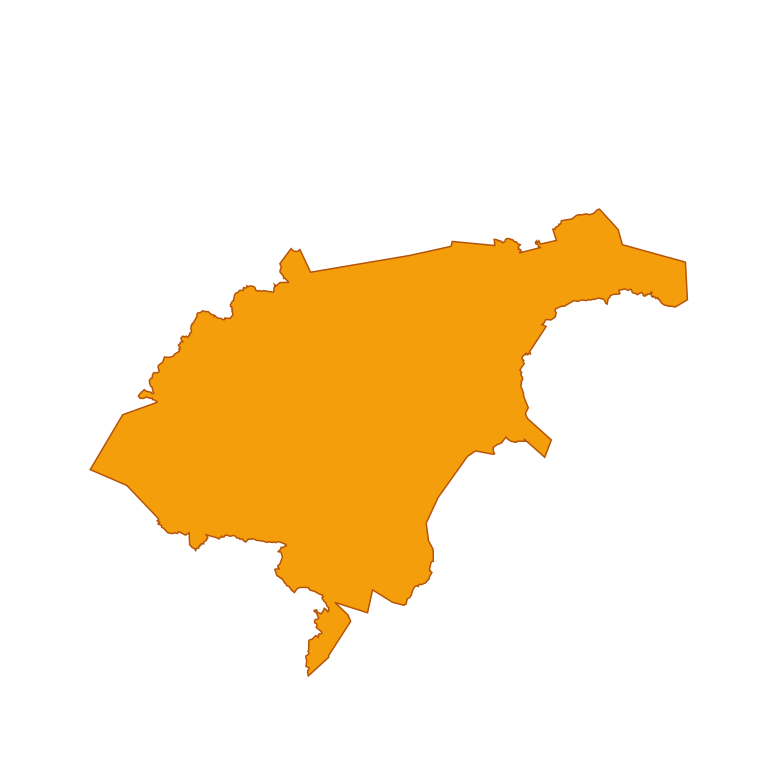 Ocampo, Chihuahua, Mexico, rotated 307°
{"feature_id": "50627088B44718713830957", "entity_name": "Ocampo", "entity_type": "district", "adm_level": 2, "iso_a3": "MEX", "parent_name": "Mexico", "parent_adm1": "Chihuahua", "projection": "natural_earth1", "projection_center": [-108.229, 28.145], "detail": "fine", "context": "isolated", "style": "filled", "palette": "amber", "viewbox_px": 768, "rotation_deg": 307, "n_neighbors": 0, "source": "geoboundaries", "source_scale": "gbopen_adm2", "svg_char_len": 6171}
<svg xmlns="http://www.w3.org/2000/svg" viewBox="0 0 768 768"><g transform="rotate(307 384 384)"><path d="M620.8,570.3L633.9,575.6L662.7,551.4L638.7,490.5L648.3,478.0L653.3,450.8L651.3,449.4L646.6,448.8L643.1,446.5L641.4,442.9L638.0,440.0L636.3,437.5L634.3,436.2L629.0,434.8L621.2,427.4L618.4,428.7L617.2,428.3L617.0,427.5L615.4,428.2L612.2,426.7L611.0,427.5L609.2,425.7L602.4,435.3L589.9,424.7L591.5,421.5L589.4,421.7L589.1,420.8L590.1,419.8L588.5,419.6L587.3,420.8L587.7,421.2L587.6,424.0L586.5,424.9L587.6,427.2L570.5,413.5L571.4,412.9L572.7,413.4L573.5,412.2L572.5,410.3L573.2,410.4L574.3,408.7L577.2,409.1L576.5,406.4L577.2,404.2L576.1,402.7L576.6,399.9L575.6,398.0L575.9,397.4L574.3,394.7L572.4,394.0L571.2,394.8L568.4,394.1L568.0,393.1L568.7,392.4L567.8,389.8L567.0,388.9L567.5,388.3L565.9,384.9L561.3,389.2L538.9,352.7L534.3,354.7L502.6,327.6L429.1,258.1L440.8,235.9L437.8,235.1L436.7,233.7L435.8,231.4L436.2,228.3L417.4,228.4L415.7,231.5L411.4,233.0L410.8,233.7L409.6,238.7L408.0,240.2L408.7,240.5L408.3,245.0L407.6,246.5L402.5,239.9L396.7,238.6L397.6,237.4L397.6,236.7L396.9,237.8L394.3,238.4L391.7,240.3L390.6,240.2L386.2,231.8L384.2,230.2L383.5,228.0L382.1,227.5L381.9,225.1L383.5,222.4L383.0,220.2L381.5,217.8L380.2,217.1L379.7,215.4L378.6,216.2L377.3,215.8L376.4,213.8L373.9,215.1L371.9,212.3L369.7,212.3L367.1,210.9L365.1,211.1L360.0,213.6L359.0,213.1L355.0,213.6L353.7,214.6L353.6,216.8L352.2,217.3L351.4,218.9L350.5,218.9L348.8,221.6L343.8,221.7L340.8,217.1L339.8,218.2L338.5,216.8L338.5,215.1L336.4,210.9L336.8,208.2L336.0,207.8L336.7,207.6L336.7,206.8L335.6,204.4L336.0,199.9L334.5,198.1L333.2,195.0L330.8,194.5L328.5,192.5L326.7,192.8L325.8,193.9L317.6,194.9L317.0,194.5L316.5,195.1L315.5,194.6L312.0,196.3L310.3,198.6L309.0,199.0L307.8,198.2L306.3,199.4L305.3,198.8L304.4,199.5L303.1,199.2L303.1,197.1L301.7,196.7L301.1,194.5L298.5,194.2L297.4,195.4L296.7,198.0L294.8,196.3L293.5,197.0L291.7,196.3L290.8,197.1L290.4,199.5L288.9,199.9L288.5,199.2L287.1,200.9L281.9,198.8L279.0,198.8L275.8,196.2L273.4,192.4L268.5,194.1L263.2,192.7L261.6,193.3L258.8,196.8L258.0,197.0L255.7,195.6L255.1,193.9L254.0,193.3L251.4,193.9L249.4,195.2L248.3,194.4L245.8,194.4L243.5,196.4L241.6,199.6L241.8,201.0L239.8,202.9L238.1,205.7L236.8,204.7L237.2,203.0L235.2,198.4L235.2,195.9L228.9,194.9L226.5,195.1L225.8,197.7L227.6,200.5L230.5,202.0L231.9,206.0L233.2,207.4L232.2,208.5L233.0,209.8L233.3,212.8L232.8,213.8L202.2,193.8L138.8,200.9L148.2,239.6L140.9,283.9L139.8,285.8L138.3,285.3L138.5,288.2L137.6,288.2L137.4,287.5L136.2,287.8L137.1,291.3L135.7,292.8L136.2,294.6L135.1,300.7L136.9,304.8L139.4,306.6L140.3,309.0L142.6,309.0L143.9,316.5L147.9,317.9L138.7,325.5L138.0,329.0L138.5,332.0L137.2,334.4L139.2,332.8L141.5,334.8L142.7,333.8L143.9,334.5L145.5,333.9L145.8,334.8L147.0,334.4L147.7,336.2L149.5,335.2L152.3,336.3L153.3,335.5L154.2,336.1L155.3,335.8L156.6,332.9L160.8,343.5L160.9,345.4L164.8,345.9L164.3,347.1L166.0,348.5L167.1,347.9L168.6,349.1L169.8,352.8L172.4,354.9L173.1,357.2L172.4,358.9L173.7,361.2L173.3,362.3L175.1,364.4L174.2,366.2L174.6,368.6L175.4,368.2L176.1,368.9L178.5,368.9L179.1,370.3L180.6,371.1L180.5,371.8L181.8,372.9L182.3,374.5L182.2,375.9L185.9,382.2L186.9,385.7L188.2,386.5L190.5,390.5L191.5,391.0L192.4,393.3L194.0,393.9L195.3,396.2L196.8,402.2L195.9,403.4L195.4,402.5L192.9,402.0L191.6,400.1L189.7,400.9L186.6,400.3L186.4,401.0L187.3,401.6L187.7,402.8L184.8,407.0L177.3,409.2L175.1,408.6L173.9,409.4L173.6,411.4L173.0,411.6L171.3,409.0L170.2,408.4L166.4,413.9L166.9,415.7L166.6,418.0L167.3,419.8L166.7,420.2L166.5,422.0L165.3,424.4L165.2,426.6L164.3,427.9L164.9,428.7L165.0,430.8L163.6,434.2L164.0,435.0L163.5,436.1L163.6,438.0L168.1,437.7L171.0,439.4L175.9,446.0L174.8,448.6L176.6,453.4L177.4,459.2L178.5,461.8L177.8,462.2L177.6,463.5L176.0,463.1L175.5,463.7L174.3,467.0L174.3,468.9L172.3,472.4L172.0,474.7L168.6,476.6L168.2,475.9L169.0,473.8L168.9,471.2L166.4,472.1L162.5,472.0L161.4,467.2L162.6,467.0L163.0,466.1L161.2,464.5L160.4,465.0L160.7,466.6L160.2,468.6L157.6,472.8L156.2,472.5L154.5,470.9L152.7,471.2L151.6,472.5L152.0,474.5L150.4,476.1L148.8,476.3L148.5,483.3L147.4,484.3L144.7,482.3L142.3,484.0L142.0,480.9L137.0,480.2L134.8,478.5L133.6,478.6L126.7,483.6L124.6,484.3L123.9,486.1L122.6,486.4L120.0,485.3L118.8,485.9L116.4,488.9L111.5,491.6L112.2,494.9L110.9,495.8L109.7,495.5L107.9,496.3L105.3,499.2L132.4,504.3L134.0,503.2L174.4,500.2L177.9,494.1L180.0,476.2L191.4,508.5L212.7,498.8L214.8,522.2L219.3,533.2L220.0,532.9L221.5,534.1L226.3,531.9L228.6,532.9L231.5,532.9L237.2,530.9L240.5,530.6L242.3,531.2L243.0,533.2L243.8,532.6L245.7,533.1L246.0,534.4L250.1,536.8L255.7,537.3L257.3,536.3L262.3,535.7L262.3,533.1L262.8,533.2L262.9,532.1L269.3,529.2L271.2,529.2L272.1,530.1L280.0,524.0L281.8,522.2L285.6,513.9L298.2,501.5L326.0,495.5L376.1,494.2L385.6,497.3L393.8,513.9L395.1,514.1L395.8,512.1L399.1,509.4L403.7,510.9L407.6,513.3L415.0,513.3L414.4,515.9L414.7,519.7L416.7,524.4L419.2,525.6L423.3,531.3L424.4,528.9L422.2,556.5L440.0,551.3L442.7,520.0L443.8,517.4L444.9,515.4L446.5,514.4L451.8,513.6L456.7,505.4L458.8,502.3L460.6,501.0L465.0,494.1L466.8,493.8L468.1,492.3L470.8,492.1L472.6,490.5L474.0,487.4L475.9,487.1L477.1,484.0L484.7,483.7L485.8,481.4L486.9,481.5L487.3,478.7L489.3,478.1L493.8,479.0L493.1,479.7L494.2,480.0L493.9,481.2L495.8,481.3L496.1,482.8L497.7,480.8L527.5,478.9L526.5,474.3L528.4,475.1L532.9,474.5L535.8,478.9L540.6,480.4L544.5,478.7L545.2,476.9L547.1,475.7L552.8,478.9L554.7,481.2L564.9,485.5L566.7,489.2L570.2,491.3L572.3,495.3L574.8,496.9L575.4,498.6L577.1,499.5L577.9,500.8L581.9,503.7L583.7,508.2L583.5,510.0L582.0,512.2L582.1,514.1L587.0,511.7L589.4,512.2L590.7,511.5L593.2,512.9L597.6,517.9L598.7,517.6L599.3,515.8L600.2,515.2L605.1,519.4L605.6,522.6L607.9,523.7L608.3,524.5L606.6,527.2L606.7,528.5L607.8,530.3L607.7,532.4L612.1,534.6L611.7,537.0L610.7,537.9L611.1,539.6L612.7,539.3L613.3,540.5L614.9,540.5L615.6,542.2L618.5,542.2L618.3,543.0L616.6,543.1L615.0,545.2L615.2,546.5L616.1,546.3L616.5,548.2L615.8,549.5L617.7,550.7L616.7,551.8L617.1,553.8L616.4,554.4L615.7,557.6L615.7,560.4L617.2,563.1L617.2,564.4L618.8,566.2L620.8,570.3Z" fill="#f59e0b" stroke="#b45309" stroke-width="1.5"/></g></svg>